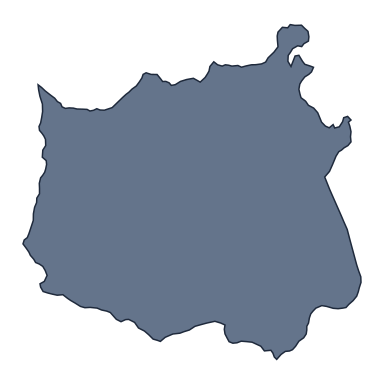 the district of Araras, São Paulo, Brazil
{"feature_id": "56859067B145693711975", "entity_name": "Araras", "entity_type": "district", "adm_level": 2, "iso_a3": "BRA", "parent_name": "Brazil", "parent_adm1": "São Paulo", "projection": "mercator", "projection_center": [-47.322, -22.335], "detail": "fine", "context": "isolated", "style": "filled", "palette": "slate", "viewbox_px": 384, "rotation_deg": 0, "n_neighbors": 0, "source": "geoboundaries", "source_scale": "gbopen_adm2", "svg_char_len": 3094}
<svg xmlns="http://www.w3.org/2000/svg" viewBox="0 0 384 384"><path d="M308.4,41.1L308.9,36.8L308.0,31.4L304.4,28.1L301.5,25.2L294.9,25.4L290.2,24.6L287.7,27.8L282.4,27.3L278.0,32.1L277.2,36.0L277.4,40.3L278.0,46.8L274.0,52.1L268.1,57.8L265.6,62.1L261.6,63.9L255.7,64.7L251.4,64.8L245.8,66.0L241.5,67.2L237.9,65.5L231.9,66.1L228.6,65.2L225.3,64.8L222.2,66.1L217.6,64.8L213.8,61.8L209.9,66.5L209.0,71.1L207.3,74.1L205.1,77.5L200.2,82.1L193.4,78.3L186.7,79.5L180.5,81.4L175.2,84.7L171.3,85.4L169.1,82.8L165.8,81.4L162.6,81.5L160.6,78.8L157.1,74.5L151.1,74.4L146.1,72.8L143.1,74.4L141.9,78.0L139.2,82.1L136.3,86.0L132.0,89.1L128.9,92.2L126.1,94.3L122.8,97.3L112.2,107.6L104.3,110.2L100.0,110.0L96.8,108.7L93.5,110.3L89.9,111.0L87.1,109.4L83.2,109.2L77.0,109.0L73.3,108.1L69.1,107.9L65.3,108.4L62.0,106.8L60.6,103.4L57.4,101.6L54.7,98.2L50.8,95.3L45.3,91.0L41.6,87.5L38.1,84.8L38.6,89.7L39.9,96.2L41.2,100.3L42.4,104.0L42.6,111.6L41.7,117.4L40.6,123.0L39.0,126.5L39.5,130.4L41.9,133.2L43.8,135.9L45.5,139.4L45.7,145.6L42.8,150.1L42.3,157.2L46.2,160.6L46.6,164.4L45.7,168.9L44.7,172.2L42.7,175.3L40.6,177.9L39.3,183.3L39.5,188.2L39.5,193.8L36.8,198.1L36.6,202.6L34.6,207.3L33.4,213.8L33.3,220.4L30.2,229.8L28.9,233.7L27.3,237.6L24.2,240.0L23.0,243.9L26.5,248.6L28.9,252.1L30.4,255.4L33.8,259.3L35.6,262.5L39.4,264.1L42.8,266.4L45.2,270.5L47.1,275.4L44.3,281.4L40.0,283.8L40.6,287.1L43.1,291.5L47.8,293.0L52.2,294.1L57.2,295.2L62.9,294.7L67.5,298.3L70.7,300.5L75.0,303.0L80.4,306.4L84.9,307.7L90.1,307.4L97.1,308.1L101.6,310.0L106.7,311.1L110.3,312.5L116.3,319.3L121.0,321.7L125.6,319.6L128.7,319.4L134.6,322.4L138.5,328.0L144.4,331.0L148.8,334.8L153.1,339.1L157.3,340.3L160.4,341.4L165.2,337.3L172.9,334.0L179.9,333.2L183.9,331.7L189.4,330.0L195.0,326.3L201.8,324.4L206.6,323.1L214.9,321.3L220.6,323.0L225.0,325.0L224.3,329.3L225.0,333.9L227.1,338.0L229.1,341.7L232.8,343.2L237.0,342.8L241.2,341.2L246.5,341.6L252.1,342.2L255.6,343.8L260.8,346.2L264.4,350.9L270.9,350.3L272.9,353.1L274.3,357.0L276.7,359.4L281.1,354.4L285.3,351.4L289.5,351.0L292.5,349.7L295.5,346.4L298.9,341.2L303.7,337.8L306.2,334.0L306.8,330.0L306.8,326.3L308.5,323.1L309.4,317.9L310.8,313.8L313.1,311.0L315.9,308.1L321.8,305.6L326.6,306.4L333.2,308.3L338.1,308.7L342.9,308.1L346.0,307.5L348.8,304.4L353.1,300.6L356.7,296.2L358.3,291.7L359.3,287.7L361.0,282.4L360.8,276.8L358.5,270.5L356.7,264.9L350.0,240.1L347.2,229.4L343.7,221.5L342.4,218.4L340.5,214.0L331.8,194.3L329.7,189.5L324.7,177.0L329.5,171.4L332.4,164.9L334.4,160.1L336.0,156.2L338.8,151.7L341.5,150.1L344.1,147.8L347.9,145.6L351.0,141.9L350.5,136.7L351.0,131.7L349.8,126.1L348.4,122.2L351.0,120.0L347.6,116.4L343.7,117.7L342.6,121.7L339.3,126.8L334.7,128.0L333.1,124.6L329.2,127.8L325.4,126.1L321.6,122.2L317.7,112.7L313.7,108.1L308.4,105.3L305.6,101.2L301.0,97.7L299.9,93.8L298.9,89.3L299.8,84.1L301.6,81.0L304.8,76.9L308.9,74.3L311.5,71.9L313.5,67.3L310.4,66.1L304.8,64.3L302.5,61.3L298.9,55.3L295.1,56.0L291.0,66.5L287.9,61.3L288.2,55.4L290.2,52.7L292.6,48.7L297.7,45.8L301.7,46.6L303.9,43.7L308.4,41.1Z" fill="#64748b" stroke="#1e293b" stroke-width="1.5"/></svg>